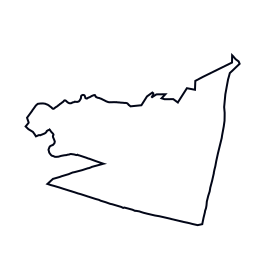 the district of Taniche, Oaxaca, Mexico, rotated 188°
{"feature_id": "50627088B3574093962845", "entity_name": "Taniche", "entity_type": "district", "adm_level": 2, "iso_a3": "MEX", "parent_name": "Mexico", "parent_adm1": "Oaxaca", "projection": "orthographic", "projection_center": [-96.759, 16.568], "detail": "fine", "context": "isolated", "style": "outline", "palette": "ink", "viewbox_px": 256, "rotation_deg": 188, "n_neighbors": 0, "source": "geoboundaries", "source_scale": "gbopen_adm2", "svg_char_len": 4867}
<svg xmlns="http://www.w3.org/2000/svg" viewBox="0 0 256 256"><g transform="rotate(188 128 128)"><path d="M200.0,61.4L197.2,60.9L196.9,60.8L193.5,60.4L187.4,59.5L183.0,58.7L171.9,56.9L168.7,56.3L168.3,56.2L168.1,56.2L165.6,55.9L159.9,54.9L158.4,54.6L156.9,54.4L156.5,54.3L150.1,53.2L146.8,52.8L145.0,52.2L143.7,52.0L139.8,51.4L135.5,50.5L134.9,50.4L133.1,50.3L123.8,48.9L121.6,48.2L120.6,48.7L116.9,48.3L112.2,47.7L109.4,46.9L108.9,47.1L105.2,47.0L103.2,46.6L102.0,46.4L100.0,46.1L99.8,46.1L97.0,45.8L89.1,45.1L84.7,45.0L81.1,44.7L72.9,44.0L72.7,43.9L59.7,42.7L53.9,42.3L50.6,41.9L45.5,41.5L41.1,43.1L40.7,49.5L40.1,55.5L40.2,56.3L39.6,59.5L39.5,62.2L39.7,66.2L39.1,72.0L38.3,76.6L38.2,80.5L37.8,83.8L37.4,87.1L36.7,95.3L36.8,95.6L36.6,98.8L36.3,101.5L36.2,102.7L36.0,107.6L35.4,115.4L33.8,131.2L33.8,133.6L33.4,142.9L33.4,148.5L34.0,153.5L34.4,156.5L35.7,162.1L35.9,166.3L36.3,174.9L35.9,184.8L35.7,189.3L35.7,189.8L35.2,193.4L34.8,196.6L32.1,199.9L29.6,203.1L28.0,205.1L26.4,207.1L27.7,209.3L30.8,211.0L31.7,211.7L33.8,213.6L35.0,214.5L34.1,207.3L61.3,188.8L67.9,184.0L67.0,175.2L75.2,175.6L82.1,160.5L82.2,160.2L87.2,162.9L92.3,162.1L95.9,161.6L98.9,162.1L95.7,166.6L103.1,165.5L104.6,165.2L109.0,161.4L107.6,164.6L107.8,165.9L108.8,166.5L113.6,161.9L117.9,152.4L128.5,149.8L130.1,150.8L130.3,150.8L130.6,151.0L130.9,151.4L131.3,151.7L131.9,152.2L132.5,152.4L133.1,152.5L133.6,152.5L134.4,152.4L135.0,152.3L135.5,152.3L135.9,152.3L136.3,152.3L136.7,152.3L137.4,152.2L137.9,152.2L138.3,152.1L138.8,152.1L139.2,152.1L139.8,152.1L140.3,152.1L140.9,152.0L141.2,152.0L141.8,152.0L142.5,151.9L143.0,152.0L143.4,151.9L143.8,151.8L144.3,151.8L144.9,151.7L145.4,151.7L145.8,151.6L146.6,151.4L147.1,151.4L148.0,151.2L148.4,151.1L148.9,151.1L149.4,151.0L150.0,150.9L150.7,150.9L151.2,150.9L152.0,151.1L152.6,151.2L154.0,151.6L154.7,151.9L155.3,152.1L157.2,152.7L157.8,152.9L158.1,153.1L159.0,153.3L159.4,153.3L159.9,153.5L160.8,153.7L161.3,153.7L161.9,153.7L162.4,153.8L163.2,154.0L163.6,154.1L163.7,154.3L164.3,154.5L164.5,154.7L164.6,155.0L164.8,155.2L165.0,155.6L165.3,155.9L165.4,156.0L165.5,156.0L166.2,155.8L166.5,155.7L167.1,155.4L167.7,155.0L168.3,154.7L169.9,153.4L170.8,152.9L171.5,152.5L172.2,152.0L172.5,151.6L173.2,151.4L173.8,151.5L174.3,151.7L174.5,152.3L174.8,152.7L175.1,153.3L175.3,153.8L175.6,154.2L176.0,154.4L176.4,154.5L177.1,154.5L177.5,154.4L178.0,154.1L178.4,153.8L178.7,153.4L178.9,152.9L178.8,152.1L178.8,151.3L178.8,150.5L179.2,149.9L179.4,149.2L179.8,148.3L180.4,147.5L181.5,146.9L182.9,146.7L183.5,146.6L184.1,146.7L184.3,146.7L184.6,146.5L184.8,146.3L185.2,146.0L185.6,145.9L186.0,145.8L186.2,145.7L186.8,145.4L187.0,145.1L187.4,144.8L187.9,144.6L188.8,144.4L189.6,144.4L190.1,144.5L190.7,144.7L191.8,145.3L192.4,145.7L193.1,146.2L193.6,146.5L194.4,146.6L195.0,146.3L195.8,145.0L196.5,144.4L197.5,143.3L198.5,142.4L198.8,142.2L199.2,141.6L199.7,141.1L200.2,140.7L200.7,140.0L201.6,139.2L202.4,138.6L202.9,138.1L203.5,137.5L203.8,137.1L204.2,136.8L204.7,136.6L205.0,136.6L205.5,136.8L206.1,137.2L206.5,137.6L207.0,137.9L207.6,138.2L207.8,138.3L208.3,138.6L208.9,138.9L209.5,139.3L210.2,139.6L210.9,139.9L211.4,140.0L211.9,140.1L212.3,140.2L212.7,140.3L213.3,140.5L214.1,140.5L215.1,140.5L216.0,140.4L216.4,140.4L216.8,140.3L217.1,140.2L217.5,140.2L217.9,140.1L218.4,140.0L219.1,139.8L219.5,139.7L219.9,139.6L220.2,139.5L220.6,139.3L220.8,139.3L222.4,137.4L224.0,134.3L225.2,132.1L225.3,131.7L229.4,124.1L227.3,119.9L227.2,119.8L227.2,119.2L229.6,115.3L226.5,113.0L221.6,110.9L219.6,108.8L218.9,108.0L218.0,106.9L217.3,107.3L216.5,107.8L215.7,108.3L215.1,108.6L214.6,108.6L213.9,108.6L213.1,109.1L211.8,109.8L211.0,110.3L210.2,110.7L209.3,111.4L208.9,111.8L208.5,112.4L208.2,112.9L208.1,113.2L208.0,113.7L207.5,114.1L206.9,114.6L206.2,115.0L205.5,115.3L205.4,115.5L204.9,115.1L204.2,114.2L203.0,113.1L202.3,112.6L201.6,112.0L201.3,111.7L201.1,111.4L200.9,111.2L200.9,110.8L200.9,110.7L201.0,110.3L201.2,109.9L201.2,109.6L201.2,109.3L201.1,108.9L201.0,108.6L200.8,108.3L200.6,107.9L200.1,107.1L199.6,106.3L199.0,105.1L198.7,104.7L198.6,104.3L198.6,104.0L198.7,103.6L198.7,103.0L198.8,102.6L199.3,101.8L199.8,101.0L200.2,100.6L200.4,100.6L200.9,100.3L201.5,99.9L202.2,99.5L202.8,98.8L203.1,98.2L203.7,95.6L203.6,95.1L203.1,94.1L202.6,92.7L201.7,91.7L200.3,90.4L199.3,89.9L198.0,89.8L196.5,89.3L195.2,89.4L192.9,89.9L190.3,91.1L187.3,92.1L185.2,92.6L184.0,93.2L182.7,93.5L181.8,94.0L181.0,94.3L179.6,94.3L177.6,94.3L175.4,94.0L174.5,94.3L174.4,94.3L174.2,94.5L174.0,94.4L173.4,94.1L172.6,94.1L165.4,92.8L164.1,92.5L162.9,92.2L162.2,92.2L156.1,90.9L155.7,90.8L148.0,89.3L147.4,89.2L147.9,89.0L148.5,88.7L154.3,86.2L156.0,85.5L158.5,84.4L159.5,83.7L161.0,82.9L162.2,82.5L166.9,80.2L167.5,79.9L174.7,76.9L176.7,76.2L180.6,73.9L181.1,73.7L187.0,71.0L188.8,70.0L194.9,67.3L195.2,67.2L200.0,61.4Z" fill="none" stroke="#020617" stroke-width="2"/></g></svg>